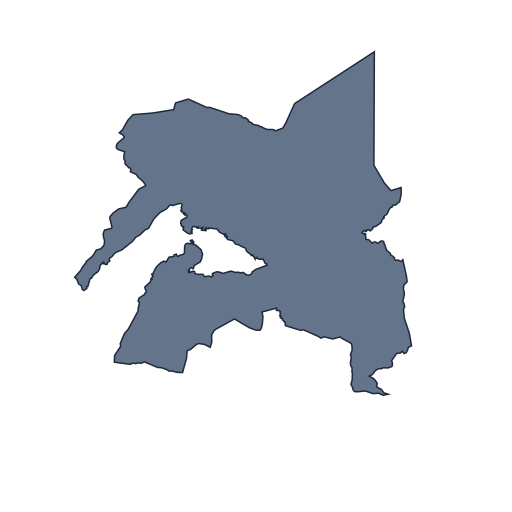 the district of Salangen nor, Troms, Norway, rotated 341°
{"feature_id": "86288312B52632964277123", "entity_name": "Salangen nor", "entity_type": "district", "adm_level": 2, "iso_a3": "NOR", "parent_name": "Norway", "parent_adm1": "Troms", "projection": "orthographic", "projection_center": [17.874, 68.875], "detail": "fine", "context": "isolated", "style": "filled", "palette": "slate", "viewbox_px": 512, "rotation_deg": 341, "n_neighbors": 0, "source": "geoboundaries", "source_scale": "gbopen_adm2", "svg_char_len": 6140}
<svg xmlns="http://www.w3.org/2000/svg" viewBox="0 0 512 512"><g transform="rotate(341 256 256)"><path d="M77.6,217.0L79.0,219.7L79.2,224.6L81.1,227.2L80.9,231.2L82.0,232.6L85.4,231.7L85.8,229.9L87.1,230.1L91.7,223.4L93.0,223.5L96.3,221.0L101.6,219.3L104.2,216.9L104.9,214.9L108.3,212.4L108.8,213.5L110.0,212.3L110.7,215.0L112.7,215.3L113.6,213.6L116.0,213.3L116.5,210.5L119.5,209.7L123.9,207.1L131.2,206.5L144.2,201.9L148.5,199.1L153.4,198.2L159.6,195.2L163.4,194.9L171.4,187.8L178.9,183.8L186.8,182.3L190.8,180.0L192.7,180.1L193.3,181.1L201.4,181.5L202.6,182.6L202.8,183.8L201.0,185.9L201.0,188.0L199.7,188.4L200.0,190.1L201.2,190.7L201.2,191.8L202.6,191.8L202.6,192.7L201.4,192.8L202.2,194.3L202.9,193.5L203.8,194.6L203.8,195.7L203.3,196.8L197.0,197.9L195.5,200.1L195.4,201.0L195.8,201.8L195.3,202.8L196.1,204.5L197.1,204.7L195.6,207.5L198.7,212.2L200.7,213.7L202.7,213.6L203.0,213.1L202.2,213.2L202.3,212.6L202.8,211.8L203.1,212.6L203.4,211.0L204.4,210.4L203.9,209.7L204.6,208.7L205.7,207.8L207.2,207.8L207.8,208.7L208.7,208.7L209.3,210.1L210.7,209.6L210.2,210.8L211.8,211.0L212.8,212.0L215.0,211.6L212.9,213.9L215.4,215.0L215.9,214.5L216.6,215.7L217.1,215.7L217.1,213.5L218.0,213.0L218.0,214.0L219.9,214.8L220.2,214.1L227.8,217.7L229.4,221.8L232.7,225.1L233.3,224.7L234.3,225.4L233.1,225.8L233.9,226.9L233.0,227.1L233.6,228.3L235.0,227.7L235.1,228.3L234.1,229.9L234.8,231.3L239.2,234.1L240.4,237.7L241.1,238.5L242.9,239.4L245.8,242.7L247.9,244.3L248.7,246.0L248.6,247.9L249.4,249.8L252.2,253.7L251.9,253.9L252.9,254.1L252.2,254.5L253.2,254.4L253.1,255.0L254.1,256.5L253.9,257.8L254.0,258.2L254.2,257.5L255.0,258.2L256.1,257.7L255.9,258.3L258.4,260.3L261.7,261.3L262.3,266.1L263.7,267.1L263.3,268.3L251.4,268.6L247.3,269.8L246.5,270.9L244.5,271.9L241.9,271.6L240.9,270.2L240.1,270.2L239.3,268.2L238.1,267.1L236.8,267.3L233.4,265.3L231.4,265.0L227.4,262.1L219.0,261.7L216.5,259.5L213.6,258.1L209.3,258.3L208.6,259.2L209.1,260.6L206.7,261.3L205.5,259.8L200.5,258.7L199.9,256.1L193.9,253.9L192.5,252.4L192.9,251.0L192.0,249.9L187.0,249.9L187.0,248.9L188.4,248.4L188.5,247.5L187.9,247.2L190.2,246.0L191.3,246.0L191.9,247.3L192.7,247.6L194.4,244.9L201.3,243.5L203.3,241.5L206.1,236.9L206.1,232.2L202.6,226.0L200.4,224.5L200.8,223.3L201.5,223.3L201.7,222.6L200.8,220.0L198.9,220.0L199.1,221.6L200.0,222.2L200.2,223.4L197.3,223.0L196.0,221.8L193.8,221.6L192.6,222.4L191.6,223.8L189.2,230.0L186.8,230.9L185.0,230.4L182.1,231.0L181.5,230.5L181.3,228.3L178.9,228.2L178.3,229.6L173.3,228.8L168.9,232.5L167.3,230.8L163.9,231.3L159.8,233.1L157.1,234.8L152.7,239.2L151.5,239.2L151.5,240.3L152.3,240.5L151.8,241.9L150.0,242.7L150.3,244.0L148.9,243.9L147.8,246.0L140.8,249.1L140.5,251.4L140.8,252.6L140.7,254.1L140.4,254.5L139.2,254.8L138.2,256.0L131.6,257.8L129.8,260.4L130.7,262.0L127.4,267.3L126.6,269.6L111.4,283.6L106.4,286.5L99.1,294.6L98.6,297.4L89.9,304.0L87.5,310.3L102.0,317.6L104.0,317.0L107.7,318.7L109.3,318.6L112.9,320.1L115.9,319.7L126.6,329.3L130.3,330.9L134.7,334.4L136.5,336.7L139.0,337.3L143.4,340.3L148.6,342.3L157.1,330.0L160.0,323.2L163.9,323.0L170.7,320.3L173.4,320.1L178.4,322.8L183.0,327.4L186.2,322.9L188.1,316.8L188.8,315.7L192.3,312.8L194.5,312.1L215.1,308.5L226.4,321.7L231.5,325.9L235.7,327.5L237.7,325.8L239.9,322.3L242.9,315.5L243.4,310.9L258.5,312.0L257.6,313.8L258.3,314.6L259.9,314.9L260.9,316.6L260.2,317.3L260.5,318.2L259.0,320.2L260.0,321.1L258.9,322.1L259.3,322.9L260.6,323.5L260.2,325.0L260.9,325.5L261.0,327.0L262.0,327.9L261.2,330.5L261.2,331.5L273.8,340.7L276.9,341.3L288.3,351.9L290.8,354.9L294.0,354.5L301.4,359.4L309.1,359.9L310.6,362.1L317.7,369.8L317.4,372.3L316.7,375.1L315.9,376.8L313.2,380.0L313.0,383.0L310.5,387.7L309.8,390.6L310.4,393.0L308.9,397.1L308.8,399.4L308.2,400.1L306.6,404.4L304.0,408.3L304.5,411.9L304.2,414.4L305.0,416.2L307.6,417.4L315.4,419.2L321.8,424.2L327.2,425.6L330.9,429.1L336.0,429.7L332.3,427.0L331.0,422.7L327.5,419.2L329.2,415.6L327.6,410.6L323.9,406.4L327.4,406.0L331.7,403.2L335.1,402.5L338.3,403.5L339.6,403.0L344.3,404.8L347.9,404.8L348.9,404.4L349.8,402.9L350.2,401.0L350.1,399.2L357.3,393.9L360.9,394.8L363.3,393.7L364.3,396.5L366.7,396.2L368.6,394.4L370.4,391.9L373.8,391.6L375.8,379.3L376.0,362.8L378.0,355.1L378.8,353.4L380.0,352.6L380.5,349.1L380.0,346.8L384.0,340.2L384.8,334.8L386.2,331.8L390.5,329.6L391.7,324.0L393.6,307.3L392.2,308.2L390.9,308.0L389.1,306.1L386.3,305.5L385.9,304.3L386.4,303.0L385.4,300.9L383.8,299.1L383.8,297.1L381.2,292.7L381.5,291.9L381.3,291.4L381.5,287.4L381.2,286.0L381.4,284.1L381.0,283.3L379.0,282.5L375.5,283.7L373.6,281.7L372.3,281.2L370.0,281.6L368.0,277.5L365.2,275.9L366.2,273.0L365.8,271.7L366.7,271.3L366.2,270.8L366.5,270.5L366.3,270.0L364.5,269.5L363.8,268.8L363.8,268.1L366.2,267.2L367.9,268.4L368.0,267.8L368.8,268.3L369.8,267.4L371.3,267.9L371.6,268.9L372.4,269.4L375.3,268.2L375.7,267.2L377.5,266.5L378.6,267.1L385.4,265.1L386.8,262.8L389.5,261.8L389.7,261.2L389.3,260.7L389.6,260.3L393.5,259.0L398.1,254.4L401.1,253.8L401.0,253.3L402.7,252.5L404.4,253.3L409.5,251.4L413.3,245.1L415.5,238.5L404.9,238.1L401.1,228.7L397.0,208.6L434.4,101.4L343.1,124.2L342.1,124.5L327.7,139.7L322.9,143.8L314.9,144.0L314.2,142.7L313.1,141.9L308.0,140.1L304.3,137.0L303.5,135.7L301.8,134.9L301.3,133.7L295.8,130.4L295.8,129.7L295.1,128.5L292.5,126.2L293.0,125.6L292.7,124.2L290.7,121.7L289.0,121.6L287.7,118.8L284.7,116.2L276.7,112.7L260.4,100.2L258.0,99.7L243.1,85.6L229.9,85.0L225.7,90.8L204.6,87.1L185.8,82.3L178.9,86.0L170.7,93.3L166.8,95.0L169.2,97.7L170.2,100.2L169.6,101.2L161.8,104.3L160.5,105.4L159.4,107.2L159.3,108.9L160.2,110.3L165.8,114.8L163.9,117.7L163.6,119.0L162.6,120.9L163.1,123.4L162.5,124.8L162.3,126.6L163.0,128.2L163.9,128.9L164.1,130.9L165.6,131.8L165.8,133.1L165.9,133.7L164.9,134.7L164.7,135.6L169.5,140.1L170.1,143.0L173.2,148.2L174.5,152.1L174.6,153.6L166.8,154.7L153.5,163.8L149.0,167.6L141.4,166.8L134.8,168.9L131.4,170.8L130.4,171.7L130.0,172.9L129.2,182.0L128.4,182.7L121.4,182.2L120.5,182.9L118.6,185.6L118.1,187.9L117.7,192.6L115.8,196.3L111.6,198.7L106.8,198.4L103.8,201.2L100.5,203.3L93.8,205.8L93.3,206.8L88.0,210.2L85.8,212.4L77.6,217.0Z" fill="#64748b" stroke="#1e293b" stroke-width="1.5"/></g></svg>